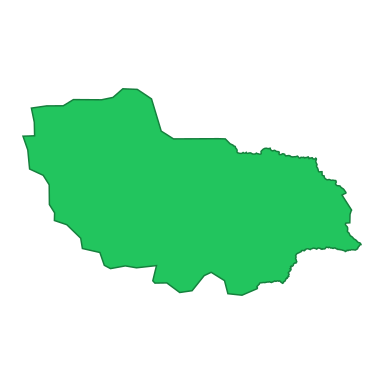 outline of Ak-Suu, Ysyk-Köl, Kyrgyzstan
{"feature_id": "92254566B94070763969745", "entity_name": "Ak-Suu", "entity_type": "district", "adm_level": 2, "iso_a3": "KGZ", "parent_name": "Kyrgyzstan", "parent_adm1": "Ysyk-Köl", "projection": "mercator", "projection_center": [79.882, 42.288], "detail": "fine", "context": "isolated", "style": "filled", "palette": "green", "viewbox_px": 384, "rotation_deg": 0, "n_neighbors": 0, "source": "geoboundaries", "source_scale": "gbopen_adm2", "svg_char_len": 6036}
<svg xmlns="http://www.w3.org/2000/svg" viewBox="0 0 384 384"><path d="M227.9,293.7L242.0,295.2L257.1,288.7L257.4,288.2L257.4,287.7L257.2,287.3L256.9,287.2L256.8,286.9L257.0,286.4L257.2,286.2L257.7,285.8L257.9,285.5L259.0,284.4L259.3,284.2L259.4,283.6L259.5,283.4L260.3,282.8L261.4,282.8L263.3,282.5L264.9,282.6L266.7,282.2L267.3,282.0L268.2,282.1L268.7,281.9L269.6,281.7L270.2,282.2L270.6,282.2L271.4,282.5L273.3,281.7L273.9,281.5L274.4,281.0L274.7,280.9L275.5,281.3L276.1,281.3L277.7,280.8L278.7,281.2L279.7,280.9L281.1,282.3L282.0,282.9L282.5,283.3L283.1,283.0L283.4,282.8L283.4,282.4L283.7,282.0L283.8,281.7L285.1,281.0L285.6,279.7L285.8,279.5L286.0,278.7L287.2,278.3L287.4,277.9L287.1,277.5L288.1,276.9L288.3,276.7L288.2,276.7L288.3,276.1L288.3,275.8L288.5,275.5L288.5,275.4L288.6,275.2L288.8,274.9L289.1,274.3L288.9,273.9L288.8,273.7L288.4,273.3L288.3,272.9L288.4,272.5L288.8,272.2L288.9,271.9L289.3,271.7L289.5,271.4L290.1,271.0L290.1,270.2L290.5,270.1L290.7,269.9L290.9,269.9L291.0,269.8L290.9,268.9L290.7,268.5L290.8,268.3L290.5,268.3L290.7,268.1L290.8,267.6L290.7,267.4L290.8,266.6L290.7,266.5L291.4,266.0L291.7,266.0L292.1,266.3L293.0,265.7L293.3,265.2L293.6,264.0L294.0,263.6L294.8,263.0L295.9,263.1L296.1,262.9L296.1,262.5L296.3,262.2L296.8,261.8L296.7,261.5L296.6,261.4L296.5,261.0L296.4,260.9L296.1,259.6L295.6,258.7L295.6,258.3L295.8,257.9L296.0,257.7L295.9,257.1L296.0,256.7L295.7,255.9L295.6,255.5L295.7,255.3L296.1,255.0L296.4,254.1L297.1,253.6L297.9,253.2L298.2,252.9L298.7,252.9L300.0,252.1L300.8,251.9L301.2,251.5L301.4,251.1L301.5,250.6L302.2,250.6L302.3,250.5L302.8,250.4L303.5,250.5L303.8,250.7L304.4,250.7L304.7,250.2L305.2,250.0L305.1,249.7L305.6,249.5L305.7,249.3L306.9,248.8L308.4,248.8L308.8,249.1L309.8,249.3L310.2,249.6L310.4,249.5L310.4,249.2L310.8,249.0L311.9,248.7L313.0,248.2L314.0,248.1L314.4,248.3L315.3,248.4L316.5,249.1L316.8,249.1L316.9,248.7L317.2,248.5L318.0,248.1L318.3,248.0L319.7,248.2L320.1,248.3L320.5,248.7L321.1,249.0L321.6,248.9L321.6,249.1L321.9,249.0L322.3,249.2L322.6,248.9L322.9,248.9L323.8,249.0L324.4,248.8L324.8,248.9L325.5,248.2L326.0,247.4L326.4,247.2L328.1,247.5L328.5,247.7L328.8,247.3L329.4,247.2L330.6,248.0L331.1,247.9L331.7,248.0L332.5,248.3L332.7,248.2L333.2,248.4L334.1,248.0L334.8,247.9L334.9,248.1L335.5,248.2L336.7,249.0L337.4,249.0L337.9,249.5L339.2,249.4L339.9,249.7L340.2,249.6L340.3,249.7L341.2,249.9L341.5,249.8L342.8,250.3L344.0,250.6L345.1,251.1L345.4,251.3L345.4,251.5L345.5,251.5L346.2,251.0L346.9,250.8L347.1,250.3L347.6,250.3L348.3,250.5L348.5,250.2L349.4,250.0L350.1,250.2L351.6,249.6L352.6,249.8L353.4,249.7L353.9,249.9L355.7,250.0L355.9,249.7L356.5,249.3L356.9,249.2L357.5,248.8L357.6,248.7L357.8,247.7L358.0,247.6L358.5,246.7L359.0,246.3L359.7,245.2L360.2,244.8L361.0,244.6L360.5,243.4L359.7,242.8L358.4,242.5L358.0,242.2L357.3,241.7L356.7,240.8L355.7,239.9L353.8,238.8L352.5,237.2L351.7,236.6L351.2,236.2L350.6,236.1L350.1,235.4L348.9,232.9L347.6,231.8L347.3,231.2L347.5,230.4L347.7,230.0L347.6,228.7L347.7,228.0L347.1,226.6L346.2,225.8L345.4,224.5L345.5,223.7L345.9,223.1L349.8,222.8L350.0,214.9L350.0,214.4L351.0,211.3L351.3,210.6L351.6,210.1L342.0,195.1L343.9,194.0L345.4,193.4L345.8,193.1L346.0,192.9L345.6,191.9L344.9,191.0L343.9,189.5L343.3,188.9L341.3,187.6L340.8,187.1L340.0,186.0L338.9,185.8L337.4,185.7L336.5,185.3L336.0,184.7L335.6,184.3L335.5,183.8L335.9,183.0L336.3,182.0L336.0,181.5L335.8,180.6L334.9,180.4L334.5,180.5L333.6,180.3L332.8,180.1L331.9,180.3L330.7,180.2L330.1,179.8L329.2,179.5L328.9,179.5L327.9,179.8L327.0,179.8L326.7,179.6L325.1,178.6L324.2,177.1L324.2,176.3L324.1,175.9L323.2,175.7L322.6,175.4L322.2,175.1L322.1,174.7L322.1,173.8L322.0,171.7L320.6,171.7L319.9,171.9L318.9,171.8L318.5,171.3L318.2,170.4L318.1,169.5L317.8,168.9L317.6,168.4L317.7,168.2L316.9,167.2L316.7,166.9L316.7,166.6L316.5,166.1L316.5,165.8L316.6,165.5L316.8,165.4L317.0,164.6L317.0,164.3L316.6,163.8L316.5,163.5L316.1,162.7L315.8,161.7L315.8,160.7L316.3,159.9L316.4,159.2L316.3,158.6L315.8,158.2L315.7,158.4L315.1,158.9L314.2,159.0L313.7,159.0L312.8,158.7L312.4,157.8L312.1,157.7L310.7,158.1L309.9,158.0L309.4,158.2L309.1,158.5L308.3,156.9L308.1,156.8L307.3,157.4L307.0,157.6L306.7,157.6L306.3,157.4L306.1,157.4L305.8,157.6L305.1,157.8L304.7,158.0L303.8,157.2L303.4,157.5L301.0,157.3L300.8,157.4L300.3,158.0L300.0,158.1L299.5,158.1L299.1,157.9L297.6,156.2L297.4,156.1L296.6,156.4L295.1,156.8L294.3,156.7L293.2,156.9L292.4,156.9L292.2,157.0L291.8,156.7L290.9,156.6L290.6,156.5L290.0,155.8L289.4,155.8L289.0,155.5L285.8,155.9L285.7,155.9L285.0,155.1L284.6,154.2L283.3,153.9L283.0,153.7L282.2,153.9L281.2,154.6L280.7,154.6L279.9,154.5L279.3,154.5L279.0,153.8L279.2,152.7L279.2,152.2L279.0,151.9L277.9,151.5L277.4,151.6L276.4,151.4L275.2,150.6L274.8,150.4L274.2,150.3L272.8,150.9L272.0,150.7L271.5,150.4L270.5,149.6L270.3,149.2L270.3,148.3L270.1,148.3L269.2,148.4L268.3,148.7L266.3,148.2L264.7,148.4L263.2,149.2L261.3,151.0L261.0,151.6L261.0,152.0L261.2,152.8L261.2,153.3L261.1,153.7L260.8,154.0L260.2,154.2L259.6,154.2L259.1,154.1L258.3,153.8L257.5,153.7L256.3,153.1L255.8,153.7L255.2,154.0L254.4,154.0L253.5,154.1L253.0,154.1L251.4,153.4L251.0,153.2L250.8,152.9L249.8,153.0L249.1,152.9L248.7,153.2L247.2,153.4L246.5,153.0L246.2,152.4L245.4,153.1L245.1,153.2L244.3,153.2L243.7,152.9L243.1,152.5L242.5,153.0L242.0,153.3L241.3,153.4L239.8,153.4L237.7,152.8L237.3,152.5L237.0,151.9L237.0,151.4L237.1,150.3L237.0,149.8L236.7,149.2L235.9,148.4L235.6,147.9L235.3,146.7L234.8,146.2L233.8,146.0L233.5,145.9L233.0,145.1L230.1,143.8L225.3,138.9L218.2,138.7L173.5,138.9L161.2,131.1L151.5,98.9L137.3,89.4L122.8,88.8L113.0,97.4L101.5,99.8L73.4,99.6L63.2,105.8L46.6,105.9L31.4,108.1L34.3,122.2L34.6,135.8L23.0,136.2L27.8,150.0L29.6,169.0L43.2,175.3L49.2,184.8L49.4,204.6L54.6,212.8L54.4,220.5L66.8,224.7L80.7,238.2L82.4,248.5L99.9,252.5L104.3,265.3L110.5,268.6L125.3,265.9L136.5,267.8L156.5,265.6L152.8,280.8L154.9,283.1L166.8,282.9L179.7,292.5L192.1,290.7L204.2,275.6L211.2,272.3L224.5,280.6L227.9,293.7Z" fill="#22c55e" stroke="#15803d" stroke-width="1.5"/></svg>